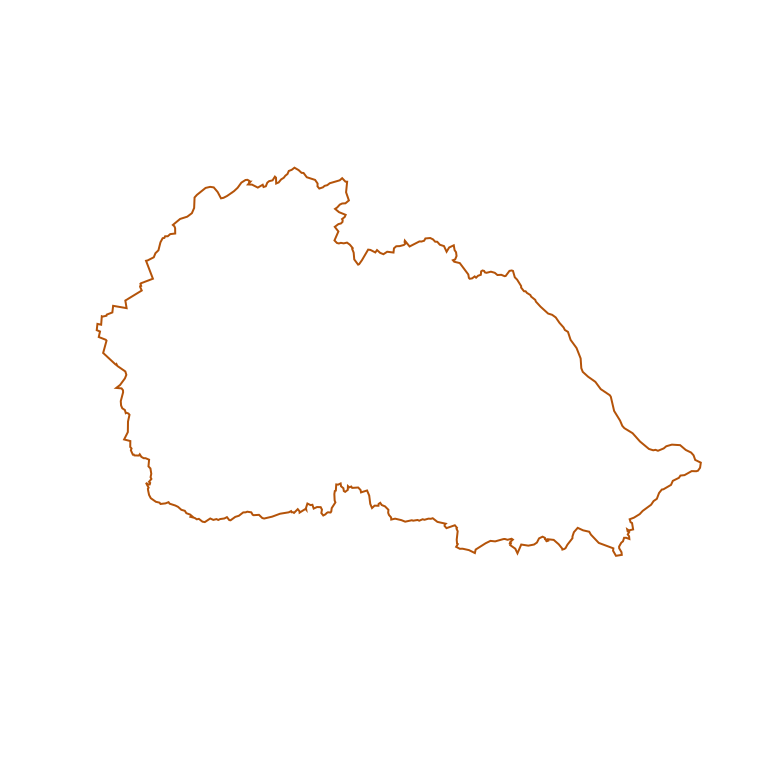 Ribita, Hunedoara, Romania (Natural Earth projection), rotated 67°
{"feature_id": "2599482B73677730773084", "entity_name": "Ribita", "entity_type": "district", "adm_level": 2, "iso_a3": "ROU", "parent_name": "Romania", "parent_adm1": "Hunedoara", "projection": "natural_earth1", "projection_center": [22.806, 46.214], "detail": "fine", "context": "isolated", "style": "outline", "palette": "amber", "viewbox_px": 768, "rotation_deg": 67, "n_neighbors": 0, "source": "geoboundaries", "source_scale": "gbopen_adm2", "svg_char_len": 6165}
<svg xmlns="http://www.w3.org/2000/svg" viewBox="0 0 768 768"><g transform="rotate(67 384 384)"><path d="M592.0,327.3L585.4,320.4L589.2,314.3L590.4,308.6L589.7,305.2L586.7,301.6L586.5,297.7L588.5,296.0L589.8,296.4L590.5,295.3L591.6,296.0L592.3,295.7L592.4,293.9L591.1,293.5L593.8,288.7L599.8,285.8L605.0,284.3L606.1,284.5L606.3,282.4L606.0,281.0L603.6,278.0L599.6,270.8L598.0,270.1L594.6,267.1L592.1,261.9L596.5,257.9L600.2,252.8L603.5,252.4L614.2,248.4L624.9,237.1L627.0,238.3L632.8,237.6L634.2,231.9L631.6,231.1L627.1,231.7L625.5,231.1L622.8,227.6L622.2,225.5L619.4,223.1L620.1,221.3L622.5,218.7L619.9,217.9L617.7,218.4L616.1,216.2L614.8,217.3L612.8,216.9L614.4,215.9L615.2,211.5L608.9,210.0L607.6,211.0L604.5,210.7L604.7,206.2L603.7,199.5L601.9,195.5L599.5,185.3L597.1,181.6L596.3,177.7L591.8,173.4L589.7,169.5L590.1,167.9L589.0,159.2L586.0,156.0L585.6,149.2L584.1,146.9L585.3,143.0L584.4,134.8L586.3,130.7L586.5,128.9L584.6,125.8L580.2,123.1L575.5,127.2L570.6,126.9L567.1,128.1L562.6,132.0L556.0,135.3L552.3,142.7L551.6,148.5L552.6,151.7L552.5,157.9L550.7,159.8L550.2,162.1L547.3,165.5L537.0,170.8L526.4,174.4L518.6,180.0L515.6,181.0L509.9,181.0L498.7,182.7L484.4,180.2L482.6,180.5L473.4,186.5L464.6,188.6L457.0,193.3L450.5,196.3L446.5,196.2L437.3,193.0L426.1,192.7L416.3,195.0L407.9,194.3L404.9,196.4L402.1,196.6L396.2,198.6L389.8,199.9L386.0,202.2L383.3,205.4L374.0,209.7L367.5,212.0L365.7,211.9L361.1,214.4L359.3,214.5L355.9,216.9L354.0,217.4L353.3,218.9L348.8,220.1L347.4,219.5L339.9,220.7L336.9,221.9L330.3,221.1L329.4,222.1L328.9,224.3L332.1,229.8L331.9,230.8L329.3,233.4L328.0,237.0L324.9,238.6L322.4,241.7L321.7,246.2L320.7,247.5L319.0,247.7L318.0,249.0L318.3,250.6L321.3,252.2L321.1,255.1L322.1,257.7L320.4,258.5L321.2,261.6L320.6,264.0L319.5,264.4L316.1,263.6L302.3,267.0L298.9,271.6L297.0,272.2L297.1,269.8L294.5,267.2L290.9,266.2L288.3,266.7L283.6,265.6L283.8,270.7L286.7,274.7L280.5,274.9L277.6,278.2L273.9,279.4L273.0,281.3L270.0,282.4L267.7,284.4L266.2,289.0L267.8,291.1L267.5,293.8L266.6,295.7L267.4,306.7L260.2,308.8L261.4,309.6L263.1,309.3L263.8,311.4L263.2,315.7L262.0,318.9L263.0,321.8L266.7,323.9L263.5,329.4L264.3,333.8L261.8,336.3L258.0,338.1L259.5,340.6L255.3,344.1L254.1,346.1L261.4,355.9L264.0,360.1L264.0,361.2L257.7,362.7L251.2,360.6L247.1,360.5L246.7,359.7L242.4,361.0L239.4,362.8L238.8,366.1L237.2,368.6L237.0,370.6L235.8,372.2L232.5,373.5L225.8,366.4L220.1,367.9L219.0,363.5L219.4,360.9L218.6,358.9L217.0,358.0L215.8,358.2L214.9,354.9L213.3,353.2L208.2,358.3L203.7,360.6L203.2,358.1L201.6,354.6L201.5,352.0L202.6,348.9L201.3,344.6L192.7,344.0L183.4,338.9L182.7,340.4L178.2,342.1L179.2,345.2L178.0,355.5L178.8,358.5L178.4,361.3L179.1,363.3L178.8,367.2L176.1,368.0L173.5,366.8L169.2,367.7L163.5,374.3L158.3,375.6L157.4,377.4L153.8,379.0L149.9,381.9L150.8,385.3L150.7,388.4L153.0,390.8L153.7,393.4L155.0,395.7L155.5,398.8L157.3,402.2L157.3,404.9L151.9,402.8L150.5,403.4L153.0,407.0L152.4,410.5L153.1,412.8L155.8,415.5L155.6,417.9L153.2,417.8L153.9,423.4L148.9,427.6L147.2,431.2L145.6,428.0L145.2,429.1L144.4,428.6L142.7,429.9L142.1,431.8L142.9,436.6L146.2,442.1L147.9,446.8L149.6,455.0L149.9,459.0L149.4,461.5L142.3,462.1L136.5,463.9L134.6,467.0L133.8,471.6L136.8,482.3L138.3,485.5L147.8,490.0L151.7,494.1L153.1,499.7L152.4,507.2L155.1,516.2L157.0,515.3L159.0,515.4L163.9,517.4L162.5,522.2L163.5,525.3L162.5,527.8L163.7,529.1L163.3,530.8L166.2,534.4L172.8,539.4L174.3,543.3L177.4,546.4L177.9,553.3L177.6,554.9L196.8,555.6L196.3,568.3L196.5,569.0L199.7,569.3L198.2,569.7L199.1,570.5L203.3,570.5L206.1,589.5L213.6,591.3L206.2,602.8L212.0,606.1L211.8,612.1L212.7,612.8L212.0,616.7L211.4,617.3L218.9,621.2L216.7,624.3L222.2,627.4L224.7,624.9L229.3,628.2L234.6,622.8L235.7,622.5L245.7,630.4L261.1,623.5L261.7,623.1L261.3,622.5L263.2,622.4L271.4,617.2L274.9,617.6L277.6,620.3L281.8,627.4L283.0,632.0L285.5,627.3L287.8,626.7L289.7,627.4L296.9,633.0L301.0,634.4L304.1,634.4L306.7,632.7L309.9,633.1L309.8,632.4L311.3,630.8L312.9,630.3L318.5,634.3L328.2,638.6L333.5,644.9L337.4,639.8L342.8,642.2L344.7,641.6L346.1,642.9L350.9,642.8L351.2,641.9L352.2,641.7L354.1,637.6L353.3,636.3L356.3,635.8L358.4,634.2L359.2,632.4L361.9,629.8L367.8,633.0L370.5,632.0L375.7,633.3L378.6,635.3L380.5,635.2L382.2,638.5L383.7,637.9L384.9,638.9L384.4,640.2L382.0,641.7L387.5,641.2L388.2,642.3L390.2,642.8L394.3,643.6L398.0,643.3L403.3,640.0L405.5,637.0L407.1,636.6L408.5,631.8L408.6,628.5L410.4,628.1L414.3,623.6L416.6,621.6L420.6,619.7L422.9,616.9L425.7,616.4L428.4,613.5L431.2,612.1L430.2,613.6L430.6,614.1L433.3,610.6L435.4,609.2L435.8,607.1L439.8,604.9L441.1,602.9L439.9,596.5L442.4,594.2L442.9,591.0L444.4,589.7L444.3,587.6L445.4,583.5L445.2,580.6L448.8,579.6L449.5,578.5L448.2,572.8L448.6,569.1L447.2,563.8L448.1,561.4L448.1,559.8L450.3,556.3L453.0,556.0L453.8,555.3L455.6,550.2L459.8,548.4L461.0,546.9L462.4,538.8L462.8,530.4L464.9,521.8L464.7,519.2L465.6,519.2L465.7,519.9L466.4,517.9L467.5,517.2L465.5,512.3L468.3,511.5L469.4,511.9L468.3,505.0L469.3,504.7L467.7,504.3L464.1,501.2L466.8,498.9L467.2,497.1L471.2,497.4L471.1,493.8L472.6,490.4L475.4,490.2L478.3,492.1L481.3,491.3L481.1,488.9L480.3,487.0L480.2,485.7L481.4,483.4L480.8,482.4L477.8,480.6L474.0,475.0L471.8,474.9L465.9,472.7L463.3,471.1L463.3,470.0L457.8,467.2L458.7,465.6L458.6,462.8L461.4,463.5L464.1,462.1L466.8,462.8L468.1,461.9L467.3,458.7L463.9,457.1L465.6,456.3L465.6,454.2L467.2,453.9L469.2,448.2L472.4,447.0L474.8,447.5L475.4,441.2L480.9,441.2L489.0,443.5L493.5,443.5L492.3,440.2L493.9,436.7L492.3,435.8L491.9,433.9L494.5,433.4L497.0,430.9L501.5,429.1L504.2,430.5L506.5,430.6L509.6,429.6L511.6,430.3L512.3,426.4L516.1,421.2L519.0,418.3L520.3,411.6L521.2,410.6L522.3,406.2L523.6,405.0L523.6,401.3L524.8,399.8L525.3,395.7L526.4,393.5L526.6,391.6L531.8,388.7L536.7,381.8L537.2,383.1L538.3,383.7L541.1,382.8L541.7,374.0L544.9,373.0L545.5,373.8L548.3,373.7L555.7,377.9L559.4,379.1L560.2,378.6L562.1,381.2L565.3,378.6L566.4,375.9L570.1,370.7L575.1,366.4L572.2,364.3L570.3,352.7L570.0,347.3L572.3,343.2L573.4,334.7L573.9,333.3L575.7,331.1L576.3,327.0L577.6,326.2L578.7,329.4L579.8,330.4L580.3,329.5L581.6,330.8L586.9,327.5L592.0,327.3Z" fill="none" stroke="#b45309" stroke-width="2"/></g></svg>